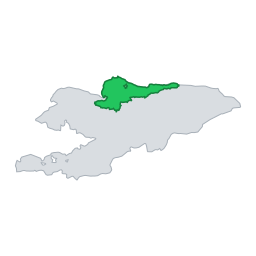 Chuy on a map of Kyrgyzstan (Natural Earth projection)
{"feature_id": "KGZ-1116", "entity_name": "Chuy", "entity_type": "Region", "adm_level": 1, "iso_a3": "KGZ", "parent_name": "Kyrgyzstan", "parent_adm1": "", "projection": "natural_earth1", "projection_center": [74.767, 42.563], "detail": "fine", "context": "in_parent", "style": "filled", "palette": "green", "viewbox_px": 256, "rotation_deg": 0, "n_neighbors": 0, "source": "natural_earth", "source_scale": "10m", "svg_char_len": 8318}
<svg xmlns="http://www.w3.org/2000/svg" viewBox="0 0 256 256"><path d="M51.1,153.5L51.7,153.1L53.9,152.6L58.2,152.2L59.6,152.5L62.6,154.2L64.8,154.0L65.3,154.3L66.1,155.7L69.3,153.6L71.5,153.0L72.7,150.8L75.2,148.3L77.3,147.9L77.3,148.3L77.7,148.7L79.8,149.3L80.5,148.6L80.8,147.7L80.1,146.2L80.1,145.6L80.8,144.7L84.1,146.1L84.9,146.1L86.4,145.3L87.9,144.0L88.4,142.9L95.3,139.4L95.8,138.8L95.7,138.3L92.8,137.5L91.5,138.0L90.3,138.0L89.6,137.4L86.1,137.2L85.3,136.9L83.0,134.4L80.1,132.8L78.7,132.9L77.0,133.5L76.5,133.2L76.4,130.9L76.0,129.5L75.0,129.1L73.7,129.7L70.2,128.9L69.8,125.9L68.5,123.3L66.6,122.3L66.6,120.7L65.9,120.0L65.4,120.2L64.6,121.0L65.0,122.7L64.7,124.5L64.3,125.4L63.4,126.0L62.5,126.0L60.9,125.1L60.6,130.4L60.3,130.7L58.3,130.0L56.8,130.3L54.5,130.0L52.8,129.1L49.4,128.1L47.8,127.2L46.9,123.6L46.0,122.4L45.1,122.1L41.5,123.3L37.9,121.2L36.1,120.7L35.6,120.1L35.7,119.2L41.3,115.3L43.6,112.6L45.0,111.5L48.5,110.2L49.3,107.8L49.6,107.5L53.2,106.3L57.2,104.1L57.3,103.5L56.9,103.0L53.4,101.0L51.5,101.9L50.5,100.7L50.5,99.6L51.7,97.5L52.7,96.5L53.2,94.6L54.6,93.3L56.2,91.2L58.0,89.5L61.4,88.2L63.2,88.6L65.0,88.3L67.7,87.3L69.4,87.2L76.4,88.8L78.7,88.9L84.1,90.9L88.3,91.9L90.4,93.9L97.2,94.8L99.1,95.4L99.7,96.3L101.7,97.5L103.3,97.8L101.9,93.1L102.5,90.3L104.7,82.6L105.8,81.5L111.4,79.3L112.6,77.7L116.6,77.7L117.4,77.4L117.9,76.5L130.2,83.2L134.9,85.1L141.3,86.8L146.8,87.4L147.7,87.0L149.9,84.4L150.9,84.3L164.5,84.8L174.2,83.4L175.6,83.4L179.2,84.9L190.7,85.4L195.2,86.3L202.3,86.0L205.3,86.1L210.8,88.0L212.7,88.4L216.2,88.7L217.6,88.4L218.3,88.8L219.2,91.2L222.6,94.3L223.8,95.9L225.1,96.6L231.5,97.0L233.9,97.7L239.8,103.4L240.6,106.7L240.0,107.4L233.8,107.9L232.4,108.4L231.0,110.9L222.6,113.9L221.4,113.8L210.2,119.5L202.6,124.4L202.3,126.7L197.8,132.0L194.4,132.6L191.5,132.5L186.7,134.1L180.6,133.5L178.5,133.6L174.5,132.9L172.9,133.3L171.2,134.4L168.9,138.6L167.9,139.6L167.5,140.5L167.2,142.6L166.3,144.8L164.3,148.0L162.6,149.6L161.0,150.5L159.7,148.5L157.7,149.9L155.7,149.6L154.5,150.1L151.8,151.8L147.8,151.7L147.4,151.1L146.6,146.3L145.9,144.0L145.3,143.5L144.6,143.5L138.9,147.3L136.2,147.9L134.1,148.0L131.2,146.9L130.6,147.2L130.1,147.8L129.9,148.6L130.7,150.7L130.5,151.2L129.2,151.1L127.4,151.6L121.9,156.1L118.4,157.2L115.2,157.7L113.3,158.5L112.2,160.2L110.0,164.7L110.1,165.7L111.0,166.9L111.7,169.7L111.5,170.4L109.8,172.8L107.5,173.4L105.8,173.8L102.5,173.5L100.8,173.9L97.6,175.7L95.1,176.0L90.2,176.1L85.4,175.4L83.8,175.6L79.6,176.7L78.1,178.3L77.3,179.8L76.9,180.0L75.2,178.6L73.1,176.3L72.0,176.3L68.2,178.2L67.6,178.2L66.6,177.5L66.7,174.5L65.5,173.8L62.9,173.7L62.0,173.0L62.3,171.1L62.0,170.4L61.4,169.8L60.0,170.0L57.3,171.6L54.1,172.1L53.0,172.6L51.7,174.7L47.5,175.2L46.1,174.7L43.6,170.8L41.4,170.2L39.2,170.4L36.1,171.4L35.4,170.5L34.6,170.3L33.9,171.0L30.2,171.1L26.4,171.0L24.3,170.5L22.9,170.6L20.1,171.6L16.7,171.8L16.4,168.2L15.4,165.8L16.5,161.7L17.1,160.4L19.6,161.9L20.5,161.7L20.8,160.9L20.4,159.1L21.7,157.1L30.7,154.4L40.6,158.3L41.9,160.9L42.7,160.8L44.1,159.6L44.6,157.5L46.5,156.2L50.8,154.8L51.1,153.5ZM56.0,162.4L56.2,162.0L55.5,160.1L56.6,158.4L54.5,158.1L53.5,157.6L52.4,155.8L52.0,155.7L51.4,156.2L51.1,157.3L51.3,158.6L52.8,159.8L52.0,162.3L55.0,162.6L56.0,162.4ZM45.7,164.1L45.6,163.6L44.9,163.3L41.2,162.6L41.3,163.1L42.7,165.0L43.8,165.1L45.7,164.1ZM67.8,160.9L68.1,159.7L65.8,160.4L65.6,161.0L66.3,161.7L67.3,162.0L67.8,160.9Z" fill="#d9dde1" stroke="#a8b0b8" stroke-width="1"/><path d="M117.3,76.0L117.9,76.3L118.9,77.2L119.5,77.4L120.1,77.5L120.7,77.8L121.8,78.6L122.2,78.8L123.0,78.9L123.7,79.3L124.6,79.5L125.0,79.7L125.2,80.1L125.7,80.9L126.0,81.2L128.1,82.7L128.8,82.9L131.1,83.3L132.9,84.1L133.4,84.6L134.0,84.8L135.2,85.2L135.8,85.5L136.3,85.8L137.5,86.5L138.1,86.6L139.4,86.6L144.0,87.2L144.8,87.1L145.2,87.1L146.5,87.7L147.0,87.6L147.6,87.4L148.2,87.0L148.7,86.6L148.9,86.2L149.5,84.6L149.7,84.4L150.1,84.3L150.3,84.3L151.3,84.2L152.1,84.3L153.7,84.8L154.1,84.8L155.5,84.4L156.0,84.4L157.5,84.7L159.3,84.7L161.1,85.2L161.3,85.2L161.7,85.0L161.9,85.0L162.1,85.1L162.4,85.5L162.6,85.6L162.9,85.5L163.5,85.0L163.9,84.8L164.4,84.9L165.5,85.3L166.0,85.4L166.4,85.3L167.2,85.0L168.1,85.0L168.5,84.9L169.3,84.5L169.4,84.4L169.4,84.2L169.6,84.2L170.0,84.2L170.6,83.7L171.0,83.4L171.4,83.3L172.3,83.3L173.1,83.0L173.5,83.0L173.9,83.1L176.2,83.5L176.9,83.7L177.2,83.9L177.7,84.7L178.0,84.9L178.4,85.0L178.7,85.0L178.9,85.6L178.9,85.8L178.8,86.0L178.7,86.1L178.3,86.0L178.2,86.0L177.4,86.6L177.4,86.8L177.3,87.3L177.1,87.5L176.4,87.8L176.0,87.8L171.3,87.7L171.0,87.8L170.9,87.9L170.8,88.0L170.7,88.4L170.6,88.5L170.3,88.7L170.2,88.8L169.5,88.7L168.6,88.3L168.4,88.3L168.2,88.3L167.2,88.8L166.9,88.9L166.6,88.9L166.0,88.7L165.5,88.7L164.2,88.4L163.9,88.5L163.4,89.4L163.3,89.5L163.1,89.5L161.6,89.9L160.2,90.5L159.8,90.7L159.3,91.0L158.2,92.3L157.6,92.7L157.4,92.8L157.2,92.8L156.9,92.8L156.7,92.8L156.4,92.6L155.9,92.6L153.1,93.2L152.7,93.2L151.2,93.1L150.9,93.2L150.7,93.3L150.5,93.7L150.4,93.8L150.2,93.9L149.7,94.1L149.4,94.3L148.9,94.7L148.7,94.8L148.4,94.8L148.2,94.9L148.0,95.1L148.0,95.5L147.9,95.8L147.6,96.0L146.9,96.5L146.5,96.7L146.4,96.8L146.1,97.1L145.1,97.7L144.8,97.8L144.7,97.8L144.7,97.6L144.7,97.2L144.7,96.9L144.5,96.7L144.4,96.6L144.0,96.8L142.5,97.1L142.2,97.1L141.2,96.7L140.9,96.8L140.7,96.9L140.1,97.1L139.9,97.2L136.8,97.1L136.0,96.8L135.8,96.8L135.7,96.9L135.6,97.0L135.3,97.2L134.6,97.4L134.1,96.8L133.9,96.7L133.7,96.7L133.4,96.9L133.2,97.0L130.2,97.4L130.0,97.5L130.4,98.5L131.4,99.9L131.5,100.2L131.5,100.5L131.4,100.6L131.1,100.5L130.7,100.4L128.9,100.5L128.5,100.7L127.7,101.7L127.3,102.4L127.1,102.4L126.9,102.1L126.8,101.9L126.3,101.9L122.7,102.4L122.3,102.3L122.1,102.2L121.3,102.1L120.8,102.1L120.7,102.1L120.5,102.4L120.1,104.6L120.1,104.8L120.2,105.1L120.7,105.3L120.8,105.3L121.0,105.5L120.7,105.9L120.5,106.0L120.3,106.4L120.2,106.5L120.0,106.9L120.0,107.1L120.1,107.7L120.1,107.9L120.0,108.1L119.5,108.6L119.3,108.8L119.3,109.0L119.2,109.2L119.3,109.6L119.2,109.8L119.1,110.0L118.8,110.2L118.6,110.2L118.4,110.3L118.3,110.2L118.2,110.2L117.9,109.9L117.7,109.9L117.0,110.3L116.9,110.5L116.7,110.9L116.6,111.5L116.4,111.7L116.2,111.7L116.1,111.3L116.1,111.2L116.2,110.6L116.2,110.4L116.1,110.2L115.9,110.1L115.4,110.3L115.2,110.3L114.9,110.3L114.7,110.2L114.3,109.5L114.2,109.4L113.9,109.1L113.7,108.7L113.5,108.4L112.7,109.0L112.3,109.1L112.0,109.1L109.5,109.4L109.2,108.3L109.0,107.9L108.7,107.8L108.5,107.7L108.1,107.6L107.9,107.6L107.7,107.7L107.2,107.9L107.1,108.0L106.9,108.2L106.8,108.3L106.7,108.4L106.5,108.5L106.2,108.5L104.1,107.8L103.8,107.8L103.6,107.8L103.0,107.9L102.7,108.0L102.0,107.7L101.8,107.6L101.6,107.6L101.0,107.8L100.9,107.7L100.7,107.2L100.6,106.9L100.4,106.7L99.9,106.3L99.7,106.2L99.4,106.2L99.1,106.2L98.7,105.8L98.4,105.7L97.5,105.6L96.5,105.2L96.2,105.2L95.8,105.2L95.7,105.1L95.5,104.7L95.8,104.3L95.8,104.2L95.7,103.9L94.9,103.7L94.7,103.6L94.7,103.4L94.7,103.1L94.9,102.4L94.9,102.2L95.1,102.0L95.3,102.0L96.0,102.0L96.2,101.9L96.5,101.8L96.7,101.5L96.8,101.4L97.4,101.1L97.9,100.9L98.3,100.9L98.7,100.8L99.0,100.8L99.3,100.8L99.6,100.9L99.9,101.0L100.2,100.9L101.0,100.6L101.3,100.5L101.8,100.5L102.6,100.6L103.3,101.0L103.6,101.0L104.1,100.9L105.3,100.4L105.6,100.2L106.2,99.5L106.2,99.1L106.3,98.8L106.7,98.4L107.2,97.9L107.3,97.8L107.4,97.6L107.3,97.3L107.3,97.1L107.0,96.7L106.8,96.7L106.7,96.7L106.2,96.7L105.8,96.7L105.6,96.6L105.4,96.5L105.3,96.4L105.3,96.2L105.2,95.8L105.1,95.7L104.8,95.9L104.7,96.1L104.7,96.4L104.7,96.6L104.8,96.7L104.8,96.8L104.6,97.1L104.1,97.5L103.6,97.5L102.1,94.8L101.8,94.0L101.7,93.2L101.7,92.2L101.9,91.3L103.0,89.1L103.6,87.9L103.6,87.6L103.6,87.1L103.3,86.2L103.3,85.8L103.4,85.4L103.5,85.0L104.0,84.3L104.7,82.2L105.0,81.9L105.3,81.6L106.2,81.1L109.7,79.8L110.1,79.7L110.9,79.7L111.7,79.3L112.4,77.6L113.0,77.1L113.4,77.3L114.1,77.9L114.5,78.0L117.7,77.7L118.0,77.5L118.1,77.1L117.8,76.7L117.3,76.0ZM126.4,87.7L126.6,87.7L126.6,87.3L126.6,87.0L126.6,86.7L126.9,86.5L127.0,86.3L127.2,86.2L127.3,86.0L127.2,85.9L126.9,85.5L126.5,85.1L126.4,84.8L126.2,84.3L125.9,84.7L125.6,85.0L125.2,85.3L124.2,85.6L123.8,85.9L124.1,86.3L124.9,86.9L125.2,87.1L125.2,87.4L125.2,87.7L125.2,88.0L125.3,88.2L125.4,88.3L125.6,88.3L125.7,88.2L125.8,87.9L126.1,87.6L126.4,87.7Z" fill="#22c55e" stroke="#15803d" stroke-width="1.5"/></svg>